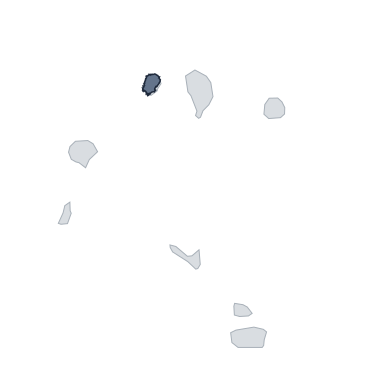 Nossa Senhora Da Luz, Maio, Cabo Verde (highlighted), rotated 205°
{"feature_id": "66160863B67599039999674", "entity_name": "Nossa Senhora Da Luz", "entity_type": "district", "adm_level": 2, "iso_a3": "CPV", "parent_name": "Cabo Verde", "parent_adm1": "Maio", "projection": "orthographic", "projection_center": [-23.146, 15.227], "detail": "fine", "context": "in_parent", "style": "filled", "palette": "slate", "viewbox_px": 384, "rotation_deg": 205, "n_neighbors": 0, "source": "geoboundaries", "source_scale": "gbopen_adm2", "svg_char_len": 4687}
<svg xmlns="http://www.w3.org/2000/svg" viewBox="0 0 384 384"><g transform="rotate(205 192 192)"><path d="M246.9,294.4L240.9,303.8L227.9,303.0L221.2,299.1L213.3,287.3L213.6,278.2L216.4,270.3L215.9,263.4L217.1,261.6L221.1,262.8L221.7,267.4L233.6,278.8L238.0,281.0L246.9,294.4ZM78.8,95.7L69.3,97.7L65.3,96.7L64.1,88.6L62.2,83.2L62.7,80.8L84.6,70.6L92.2,72.4L97.5,80.8L93.8,85.4L78.8,95.7ZM298.7,169.0L306.8,170.8L309.9,170.2L315.2,170.6L320.7,175.9L321.8,181.6L319.1,188.7L308.2,194.6L302.0,193.9L294.6,188.6L298.8,178.0L298.7,169.0ZM161.7,309.6L154.0,313.4L148.6,311.7L143.6,307.7L141.1,301.8L143.2,296.8L153.5,291.0L159.7,292.9L163.0,302.1L161.7,309.6ZM184.2,129.5L188.3,132.5L189.6,134.7L183.6,135.8L169.0,131.8L165.1,134.1L161.2,142.6L153.9,129.8L154.4,125.1L156.0,123.7L166.3,127.1L184.2,129.5ZM272.7,281.3L270.0,281.6L265.9,277.1L266.8,270.7L266.3,269.0L270.0,262.2L277.1,262.8L278.9,267.8L279.3,278.2L272.7,281.3ZM106.3,109.1L98.2,111.4L93.3,111.1L86.2,107.4L88.5,103.5L96.2,99.3L101.6,98.4L105.8,106.2L106.3,109.1ZM301.5,125.9L298.4,131.2L294.5,123.5L292.5,121.7L291.5,110.7L297.1,107.4L299.9,107.1L300.0,118.5L301.5,125.9Z" fill="#d9dde1" stroke="#a8b0b8" stroke-width="1"/><path d="M280.7,267.2L280.8,267.0L280.8,266.9L280.7,266.9L280.7,266.7L280.8,266.7L280.7,266.7L280.8,266.7L280.7,266.7L280.4,266.2L280.3,265.9L280.2,265.7L280.2,265.4L280.4,265.3L280.3,265.2L280.2,265.0L280.3,265.0L280.2,264.9L280.3,264.9L280.2,264.8L280.2,264.7L280.1,264.4L280.0,264.2L279.9,264.2L279.8,263.9L279.6,263.9L279.7,263.6L279.4,263.6L279.3,263.4L279.4,263.2L279.2,263.1L278.9,263.0L278.8,263.3L278.7,263.2L278.7,263.3L278.7,263.2L278.6,263.3L278.6,263.2L278.4,263.1L278.5,263.2L278.4,263.2L278.3,263.3L278.2,263.3L278.2,263.5L277.9,263.6L277.6,263.7L277.5,263.8L277.4,263.8L277.3,263.7L277.2,263.8L277.0,263.7L276.9,263.6L276.6,263.6L276.5,263.4L276.4,263.3L276.1,263.4L275.7,263.2L275.0,262.6L274.9,262.4L274.9,262.2L275.0,262.0L275.0,261.8L275.0,261.7L275.0,261.4L274.9,261.3L274.8,261.5L274.7,261.6L274.6,261.9L274.7,262.3L274.5,262.5L274.3,262.5L274.1,262.5L273.8,262.5L273.4,262.3L273.4,262.2L273.3,261.8L273.2,261.6L273.3,261.3L273.3,261.2L273.1,261.1L273.1,260.8L272.9,260.7L272.9,260.8L273.0,261.0L272.9,261.1L272.7,261.2L272.9,261.3L272.9,261.5L272.7,261.6L272.6,261.9L272.3,261.9L272.2,262.1L272.3,262.2L272.4,262.3L272.3,262.5L272.5,262.7L272.5,262.8L272.7,263.0L272.3,263.5L272.1,263.5L271.9,263.5L271.8,263.4L271.7,263.3L271.5,263.2L271.3,263.1L271.2,263.2L271.1,263.4L270.9,263.3L271.2,263.5L271.4,263.8L271.4,264.0L271.2,264.5L270.8,265.3L270.5,265.7L270.2,265.9L269.6,266.4L269.1,266.7L268.7,266.9L268.4,266.9L268.4,267.0L268.5,267.2L268.6,267.3L268.6,267.5L268.3,267.9L268.2,268.0L268.1,268.3L268.1,268.6L268.0,268.9L268.3,268.9L268.6,269.0L268.7,268.9L268.9,268.9L269.1,269.1L269.3,269.4L269.2,269.6L269.3,269.7L269.5,270.0L269.5,270.4L269.3,270.9L269.4,271.0L269.3,271.5L269.4,272.0L269.2,272.2L269.3,272.1L269.3,272.4L269.3,272.5L269.1,272.6L268.9,272.6L268.7,272.8L268.5,272.7L268.5,272.8L268.4,272.8L268.3,273.0L268.3,273.3L268.4,273.6L268.2,274.1L268.1,275.1L267.8,276.1L267.7,276.7L267.9,276.9L267.7,278.0L267.6,278.5L267.8,279.0L268.0,279.6L268.1,280.3L268.8,280.6L269.5,280.9L269.5,281.0L269.7,281.3L269.8,281.4L269.8,281.5L270.0,281.6L270.2,281.9L270.2,282.2L270.3,282.1L270.3,282.3L270.3,282.2L270.4,282.3L270.7,282.4L270.9,282.5L271.1,282.6L271.7,282.7L272.5,283.2L273.0,283.0L273.8,283.1L274.3,283.3L274.5,283.3L275.2,283.3L275.6,283.3L275.8,283.1L276.5,282.4L276.8,282.2L277.0,282.2L277.3,282.1L277.5,282.0L277.5,281.9L277.6,281.7L277.9,281.5L278.0,281.4L278.3,281.2L278.4,281.3L278.5,281.1L278.9,281.0L279.0,281.1L279.3,281.0L279.2,281.1L279.3,281.1L279.5,280.7L279.8,280.5L280.0,280.5L279.9,280.4L280.0,280.4L280.1,280.2L280.5,279.8L280.8,279.8L280.9,279.6L280.8,279.4L280.9,279.2L281.0,279.0L281.1,278.9L281.1,278.7L281.3,278.5L281.6,278.3L281.7,278.2L281.8,278.2L282.0,278.1L281.9,278.0L281.8,277.8L281.9,277.7L281.7,277.4L281.8,277.0L282.0,277.0L281.9,276.9L281.8,276.6L281.7,276.5L281.7,276.2L281.5,275.9L281.6,275.7L281.8,275.4L281.9,275.1L281.8,274.9L281.6,274.7L281.6,274.3L281.5,274.1L281.5,273.9L281.6,273.7L281.4,273.4L281.5,273.2L281.4,273.0L281.4,272.9L281.4,272.7L281.4,272.4L281.4,272.2L281.4,272.3L281.3,272.1L281.3,271.8L281.4,271.7L281.3,271.4L281.2,271.2L281.3,271.1L281.2,270.8L281.2,270.7L280.9,270.4L281.0,270.3L281.0,270.2L281.0,269.9L281.1,269.7L280.9,269.5L280.9,269.4L280.7,269.2L280.8,269.2L280.7,269.1L280.6,268.8L280.5,268.7L280.4,268.3L280.4,268.2L280.3,267.9L280.3,267.7L280.5,267.6L280.4,267.5L280.5,267.5L280.4,267.5L280.4,267.4L280.5,267.3L280.8,267.3L280.7,267.2Z" fill="#64748b" stroke="#1e293b" stroke-width="1.5"/></g></svg>